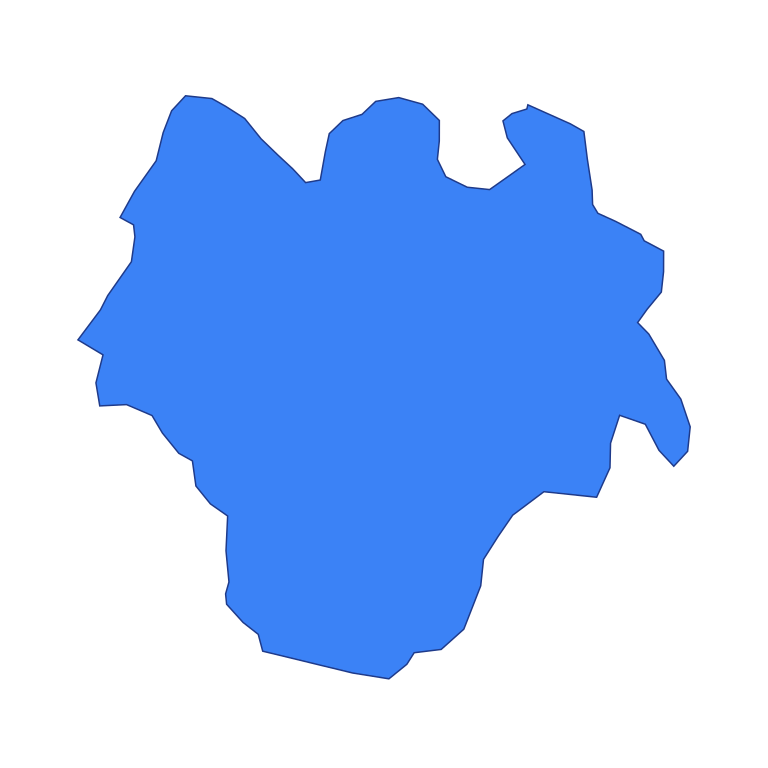 the district of Seongju-gun, North Gyeongsang, South Korea, rotated 186°
{"feature_id": "91817680B40534015790157", "entity_name": "Seongju-gun", "entity_type": "district", "adm_level": 2, "iso_a3": "KOR", "parent_name": "South Korea", "parent_adm1": "North Gyeongsang", "projection": "natural_earth1", "projection_center": [128.226, 35.91], "detail": "fine", "context": "isolated", "style": "filled", "palette": "blue", "viewbox_px": 768, "rotation_deg": 186, "n_neighbors": 0, "source": "geoboundaries", "source_scale": "gbopen_adm2", "svg_char_len": 1376}
<svg xmlns="http://www.w3.org/2000/svg" viewBox="0 0 768 768"><g transform="rotate(186 384 384)"><path d="M476.7,105.6L415.6,97.4L385.0,93.3L348.3,91.3L332.0,107.6L325.9,119.9L299.4,126.0L279.0,148.5L266.7,193.4L266.7,220.0L254.5,244.5L242.3,267.0L213.7,293.6L187.2,293.6L160.7,293.6L150.5,324.3L152.5,348.8L146.4,377.5L119.9,371.3L103.6,346.8L87.2,332.5L75.0,348.8L75.0,373.4L87.2,400.0L103.5,418.4L107.6,436.8L125.9,461.4L138.2,471.6L130.0,486.0L117.8,504.4L117.7,524.9L119.8,545.4L124.6,547.3L140.2,553.6L144.3,559.7L170.8,570.0L189.1,576.1L195.3,584.3L197.3,598.6L205.4,629.4L211.6,656.0L225.8,662.2L270.1,676.7L270.7,672.4L285.0,666.3L293.2,658.1L287.1,641.7L276.9,629.4L266.7,617.1L283.0,602.7L299.3,588.4L321.8,588.4L344.2,596.6L354.4,613.0L354.4,631.4L356.5,651.9L374.8,666.3L399.3,670.4L421.8,664.2L434.0,649.9L452.4,641.7L464.6,627.3L466.6,608.9L468.7,580.2L483.0,576.1L497.2,588.4L513.6,600.7L531.9,615.0L550.3,633.5L570.7,643.7L585.0,649.9L611.5,649.9L623.8,633.5L629.9,610.9L633.9,582.2L652.3,549.5L663.9,522.0L649.7,516.1L647.1,504.3L648.0,479.2L668.0,443.1L673.8,428.0L693.0,395.9L666.5,383.6L670.6,355.0L664.4,332.5L637.9,336.6L611.4,328.4L599.2,312.0L580.8,293.6L566.5,287.5L560.4,262.9L544.1,246.6L525.7,236.4L523.7,201.6L517.5,170.9L519.6,158.7L517.5,148.5L499.2,132.1L482.9,121.9L476.7,105.6Z" fill="#3b82f6" stroke="#1e3a8a" stroke-width="1.5"/></g></svg>